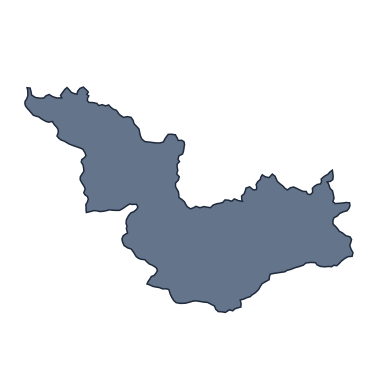 the district of Simonésia, Minas Gerais, Brazil, rotated 263°
{"feature_id": "56859067B68233274154911", "entity_name": "Simonésia", "entity_type": "district", "adm_level": 2, "iso_a3": "BRA", "parent_name": "Brazil", "parent_adm1": "Minas Gerais", "projection": "natural_earth1", "projection_center": [-41.967, -19.999], "detail": "fine", "context": "isolated", "style": "filled", "palette": "slate", "viewbox_px": 384, "rotation_deg": 263, "n_neighbors": 0, "source": "geoboundaries", "source_scale": "gbopen_adm2", "svg_char_len": 4436}
<svg xmlns="http://www.w3.org/2000/svg" viewBox="0 0 384 384"><g transform="rotate(263 192 192)"><path d="M147.1,118.1L144.4,121.3L142.8,124.7L139.9,126.4L136.9,127.7L134.8,128.7L132.8,130.6L131.4,133.4L130.5,137.0L128.5,138.4L125.6,141.0L124.4,143.3L122.9,145.3L121.0,147.4L118.3,148.1L115.4,146.0L113.7,144.0L113.1,141.3L110.8,139.6L108.5,137.5L106.2,136.1L105.0,138.6L103.1,141.6L102.0,144.9L101.1,148.0L99.4,151.1L99.0,155.0L97.9,157.2L95.4,157.6L92.7,158.1L90.6,158.9L88.4,159.7L86.2,160.9L84.1,162.8L82.9,166.6L82.4,171.6L82.9,175.9L83.5,179.0L83.5,182.6L82.3,186.9L81.3,190.2L80.5,194.0L78.0,197.6L76.0,200.5L72.8,201.2L70.1,203.5L69.4,207.1L68.4,210.4L70.5,214.7L69.1,218.0L70.8,220.3L71.4,223.2L71.9,226.5L75.2,227.1L79.0,226.7L79.4,230.3L80.5,233.7L81.0,237.0L82.7,239.3L84.2,242.4L85.7,244.5L87.3,246.4L89.6,248.0L92.4,250.3L94.4,254.9L95.6,257.9L98.4,258.5L100.9,259.6L101.2,263.0L101.3,266.3L101.4,270.4L101.5,274.4L102.7,277.0L103.1,280.4L104.3,285.0L104.9,289.2L105.8,293.5L107.7,296.5L107.6,301.5L106.8,305.9L104.3,307.4L102.5,310.3L101.5,315.0L101.5,318.2L100.8,321.5L102.0,323.8L101.2,326.7L103.0,329.3L105.1,331.7L107.4,335.5L108.8,339.0L108.6,343.1L112.2,344.4L116.1,342.8L119.7,342.1L122.7,343.5L125.5,344.6L128.3,343.3L129.8,339.5L133.1,336.3L135.1,333.4L138.1,331.8L140.7,330.0L142.7,328.2L144.9,328.2L147.2,328.6L149.2,329.9L150.4,333.2L152.7,335.9L154.0,340.1L154.4,343.5L156.4,345.6L158.9,347.1L162.1,347.1L162.8,343.7L162.7,339.5L162.9,335.6L163.1,332.6L165.4,330.6L168.4,332.2L172.0,332.0L176.1,331.6L178.6,329.5L180.9,329.0L183.5,328.5L185.6,327.4L185.6,330.6L187.2,333.3L190.2,334.0L192.8,334.0L196.6,334.0L195.0,331.2L193.1,329.2L192.0,326.4L190.6,323.9L189.1,321.8L186.4,321.8L184.4,320.5L184.2,317.4L182.9,314.4L181.0,312.0L176.9,311.7L175.0,309.2L175.9,306.4L178.7,305.4L179.0,302.5L180.5,299.9L182.8,296.4L184.6,293.5L184.2,290.0L182.4,287.0L184.3,284.7L186.9,282.9L189.3,280.4L192.3,277.9L194.7,277.2L197.6,276.3L200.0,273.9L196.9,270.3L198.1,266.7L200.5,263.8L198.3,262.1L196.1,261.3L194.2,258.5L191.7,256.6L188.9,256.8L186.7,256.3L186.5,253.3L190.1,249.8L189.3,246.1L186.4,244.9L183.8,243.5L182.0,240.7L178.9,240.5L176.6,240.9L177.8,237.0L180.0,233.2L178.0,230.3L179.5,227.0L180.1,223.7L177.9,221.3L177.4,218.0L177.4,215.4L176.5,211.4L174.2,208.5L175.0,205.4L176.1,202.1L175.4,198.0L177.3,194.1L176.2,191.7L175.5,188.5L177.9,185.5L180.7,184.2L183.2,183.3L185.7,181.1L188.1,178.4L191.1,178.6L194.0,178.5L196.3,177.5L199.3,176.3L202.8,176.7L205.5,179.9L208.7,181.2L211.9,179.0L215.1,180.5L218.5,180.3L221.4,180.6L223.7,183.3L226.1,182.1L229.6,183.5L230.8,187.2L233.4,188.5L237.4,189.6L240.2,190.4L242.8,190.2L244.6,188.1L244.8,184.6L247.6,183.8L250.8,182.5L251.9,178.5L252.1,175.4L250.4,173.7L248.3,171.8L245.2,169.7L244.6,166.3L245.0,162.8L245.7,159.8L246.6,156.4L247.7,151.5L250.5,148.7L254.1,147.6L257.9,147.3L261.1,147.0L263.6,145.2L266.8,142.8L270.5,142.2L273.5,140.6L274.7,137.0L274.4,133.1L276.4,130.8L278.2,129.0L280.2,128.1L282.4,126.8L283.7,124.1L286.1,121.6L288.6,119.9L288.0,116.8L289.6,113.5L289.2,109.9L291.5,108.4L292.9,104.3L293.4,100.8L295.2,99.3L297.8,99.7L300.0,101.3L301.8,99.4L303.8,101.3L306.2,99.6L309.4,96.9L308.5,93.5L306.0,90.8L303.1,89.7L304.1,87.0L305.5,84.4L308.2,82.7L310.9,80.7L309.4,78.4L306.7,75.8L303.9,73.3L301.3,74.2L301.7,69.8L302.7,67.2L304.0,64.8L306.2,62.1L305.3,58.8L303.4,56.5L303.6,52.7L304.9,48.1L307.7,44.7L311.7,44.4L314.9,44.0L315.6,41.0L312.6,41.3L307.8,40.9L304.7,39.4L302.4,37.4L300.1,36.9L297.8,37.2L295.0,38.8L292.6,40.5L290.2,42.1L287.5,43.9L286.3,46.5L285.1,49.3L283.4,50.9L281.4,53.4L279.8,55.8L278.8,58.1L279.0,62.0L275.7,63.5L272.8,65.6L270.4,66.7L267.5,66.6L264.0,64.8L261.8,66.2L259.7,68.2L257.9,71.6L254.8,75.6L253.0,78.8L251.4,82.1L249.5,85.9L247.8,88.8L244.2,90.5L241.0,91.2L239.1,89.3L237.7,86.6L235.2,85.7L231.8,87.2L228.3,87.3L225.7,87.2L223.4,85.2L220.7,83.0L217.9,82.5L214.5,83.8L211.3,85.4L208.1,86.4L204.4,84.5L202.2,85.5L200.4,87.6L197.6,88.2L194.4,86.7L192.5,85.1L189.6,85.0L186.8,84.6L184.5,84.7L184.9,88.3L185.5,92.3L184.8,95.7L183.8,98.1L183.7,101.7L183.9,104.8L184.4,107.7L183.6,110.9L183.1,113.9L182.6,117.8L183.9,121.1L186.0,125.0L187.7,128.6L186.9,131.4L186.6,135.3L183.9,136.5L181.6,135.0L179.6,131.9L178.7,128.7L176.2,126.1L172.5,123.5L168.7,122.7L166.0,123.4L163.9,122.4L161.6,122.7L159.0,123.0L158.2,120.6L156.8,118.3L153.9,116.7L150.7,117.0L147.1,118.1Z" fill="#64748b" stroke="#1e293b" stroke-width="1.5"/></g></svg>